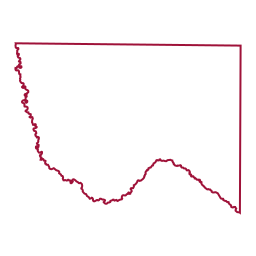 outline of Anelo, Neuquén, Argentina
{"feature_id": "61730980B32081384015227", "entity_name": "Anelo", "entity_type": "district", "adm_level": 2, "iso_a3": "ARG", "parent_name": "Argentina", "parent_adm1": "Neuquén", "projection": "natural_earth1", "projection_center": [-69.333, -38.186], "detail": "fine", "context": "isolated", "style": "outline", "palette": "rose", "viewbox_px": 256, "rotation_deg": 0, "n_neighbors": 0, "source": "geoboundaries", "source_scale": "gbopen_adm2", "svg_char_len": 5729}
<svg xmlns="http://www.w3.org/2000/svg" viewBox="0 0 256 256"><path d="M240.6,45.6L15.7,43.3L15.9,44.0L15.5,45.2L15.7,47.3L16.3,48.0L18.2,48.1L18.4,48.7L18.3,49.3L17.4,50.0L17.1,50.9L17.3,51.7L17.0,53.3L17.1,54.0L17.4,54.4L18.2,53.8L18.6,53.8L18.9,54.1L18.7,55.1L17.7,56.0L17.8,56.6L18.3,57.5L19.0,57.8L19.8,57.9L20.3,58.6L20.3,59.5L19.3,60.6L19.0,61.5L19.4,61.7L20.0,61.7L20.5,62.0L20.6,62.4L20.3,63.1L20.5,63.5L19.7,64.2L19.1,64.5L19.0,64.8L19.7,66.1L21.3,66.3L21.5,67.1L20.8,67.9L20.2,67.9L19.4,67.6L19.0,66.9L17.6,66.3L17.2,66.6L16.8,67.9L16.5,68.2L15.5,68.0L15.4,68.9L15.6,69.8L16.0,70.3L17.0,70.5L17.9,70.2L18.7,70.7L19.0,71.4L19.1,73.3L19.4,74.1L20.4,74.3L20.4,75.4L20.2,76.0L20.6,77.0L20.0,78.5L20.3,79.5L20.0,80.4L20.3,81.5L21.5,83.0L23.2,83.2L23.6,83.6L23.6,84.0L23.6,84.8L23.2,85.7L22.0,87.0L22.1,87.3L22.7,87.8L23.4,87.9L24.0,87.3L24.3,86.4L25.0,86.4L25.5,87.0L25.1,88.2L25.3,88.8L26.2,89.6L27.7,90.3L28.2,90.8L28.3,91.3L28.2,92.3L27.2,92.9L27.1,93.7L26.9,93.9L26.1,94.0L25.3,93.9L24.6,94.9L24.7,95.3L25.1,95.8L26.3,95.7L26.7,96.0L26.7,96.4L26.5,96.8L25.6,97.4L25.6,99.7L25.8,100.1L27.2,100.8L27.3,101.2L27.2,102.0L26.5,102.7L25.8,102.5L25.6,102.3L25.6,101.6L25.0,100.6L24.2,100.1L22.9,100.5L22.1,101.4L22.0,101.9L22.2,102.5L24.3,103.7L24.5,104.6L24.4,106.0L24.6,106.5L26.7,106.7L27.5,107.3L27.7,108.2L27.3,109.7L26.9,110.0L25.7,110.6L25.6,111.2L27.2,112.3L27.8,112.5L28.4,112.4L28.7,113.6L29.1,113.8L30.7,114.2L30.8,115.0L30.7,115.8L30.2,116.5L29.6,116.8L29.6,117.1L30.5,117.6L32.2,117.1L32.4,117.2L32.8,118.7L32.2,119.9L32.0,122.3L32.6,123.3L33.0,124.8L33.9,124.9L35.0,124.1L35.6,124.3L35.8,124.9L35.2,125.8L36.7,127.0L36.6,127.4L35.7,128.0L33.7,128.5L33.4,129.2L33.9,130.6L34.4,130.9L35.7,131.3L36.0,131.8L36.3,133.2L36.1,133.6L35.7,133.7L35.3,134.6L35.6,135.8L36.7,136.6L36.7,137.2L36.9,137.5L37.5,137.5L38.1,137.0L38.6,137.2L38.9,137.7L38.8,139.0L38.3,140.0L38.2,141.1L38.3,141.7L37.9,142.5L36.9,143.3L37.0,143.8L37.6,144.5L38.7,145.1L38.5,145.8L38.5,146.8L38.2,147.1L37.5,147.0L36.5,146.3L36.0,146.6L35.9,147.5L36.0,148.1L36.4,148.6L37.9,149.2L37.7,150.8L38.9,152.6L40.0,152.7L41.5,151.8L41.9,151.9L42.0,152.1L42.0,153.1L41.3,154.5L40.7,155.2L40.1,155.1L39.9,155.3L40.2,156.7L41.4,157.5L40.9,158.4L40.6,159.7L41.6,159.8L42.7,159.0L43.0,159.0L43.3,159.2L44.0,160.6L44.9,160.6L45.5,160.9L45.4,161.8L45.1,162.8L45.3,163.7L46.0,163.9L46.4,164.7L48.0,164.8L49.1,166.8L49.3,167.5L49.3,168.2L49.9,168.8L50.8,169.1L51.6,169.2L53.8,168.2L56.2,170.2L58.6,171.0L59.3,172.0L59.1,173.3L60.9,174.5L61.4,175.7L62.0,176.0L62.5,176.0L62.8,176.3L63.1,177.7L62.8,178.4L62.8,178.7L63.5,180.3L64.2,180.4L65.0,180.0L66.9,180.6L68.1,179.7L68.6,179.8L69.3,180.6L69.8,180.4L70.8,180.6L71.1,180.8L71.1,181.1L70.5,182.4L70.5,182.8L70.9,183.2L71.3,183.2L71.9,182.8L72.8,181.5L72.3,180.3L72.6,180.1L72.7,179.6L73.1,179.4L73.8,179.3L75.4,180.3L76.5,181.5L77.7,182.0L78.8,183.1L79.4,183.2L80.4,182.8L80.8,183.0L81.3,183.6L81.9,184.1L82.2,185.7L82.1,186.6L82.0,187.2L81.5,187.8L81.3,188.3L81.4,188.7L82.0,189.0L82.4,189.5L82.8,190.4L82.7,191.5L82.9,191.8L84.5,193.6L86.2,194.2L86.9,195.9L88.8,197.2L89.7,198.7L90.7,198.5L91.7,197.7L92.3,197.9L92.9,198.9L93.1,200.6L93.6,201.2L94.6,201.3L96.9,200.0L97.4,200.0L98.0,200.4L98.4,200.4L99.1,200.0L99.9,198.8L100.8,198.7L102.4,199.5L103.5,199.5L104.8,200.0L105.0,200.3L104.9,200.8L103.7,202.1L104.7,203.3L106.0,203.8L107.0,203.5L107.9,202.6L109.4,202.4L110.2,202.0L110.3,201.0L110.5,200.8L111.7,200.5L113.1,199.6L113.7,199.7L114.0,200.3L114.6,200.6L116.3,199.9L116.7,200.1L117.0,200.7L117.7,201.0L118.8,200.2L120.3,199.6L121.8,199.3L122.2,198.6L121.8,197.8L121.9,196.5L122.4,195.6L123.2,195.2L125.2,195.5L125.8,195.3L126.7,194.2L128.0,193.9L128.1,193.0L128.5,192.5L128.9,192.6L129.3,193.6L129.8,193.9L130.3,193.7L130.6,192.5L131.2,192.0L131.7,191.2L131.5,190.3L130.6,189.0L130.9,188.3L131.4,188.1L133.1,188.1L133.9,186.6L133.8,185.2L134.9,184.7L135.7,184.0L136.9,182.5L137.3,181.6L137.3,181.2L138.1,180.3L138.6,180.3L139.3,180.9L140.0,180.6L140.7,180.7L142.9,179.0L144.0,177.7L144.2,177.2L144.2,176.2L144.7,175.9L145.0,174.5L145.6,174.1L145.7,173.1L145.5,172.3L146.0,171.3L146.6,170.9L146.7,170.6L147.3,170.4L147.3,169.8L148.3,169.6L148.5,169.1L148.4,168.7L148.5,168.2L149.8,167.6L150.6,167.6L152.3,165.4L152.6,165.2L153.0,165.3L153.4,164.2L153.5,163.5L155.3,162.4L156.5,160.2L157.4,160.1L157.9,160.5L158.9,160.4L159.4,159.5L160.1,159.3L160.4,159.6L160.8,160.4L162.0,160.9L163.5,160.6L165.1,161.1L166.5,161.1L167.4,160.2L170.5,159.8L171.4,160.3L172.3,160.5L172.3,161.0L172.8,161.7L172.9,162.5L173.8,163.3L173.8,164.3L174.1,164.4L175.1,165.5L177.1,166.0L177.8,165.5L178.6,165.7L180.4,165.2L181.0,165.6L181.1,166.7L181.7,167.5L183.1,167.6L183.9,168.4L185.5,168.5L186.1,169.1L186.7,170.3L187.2,170.4L188.4,170.1L189.2,170.6L189.5,171.1L189.6,172.0L189.9,172.2L189.8,172.7L189.4,173.0L189.5,174.1L190.0,174.5L190.7,174.4L191.1,174.6L191.1,176.2L191.4,176.5L192.4,176.4L192.7,176.2L193.3,176.3L193.7,177.2L194.8,177.7L194.8,178.5L195.9,178.6L196.7,179.6L197.5,179.6L198.5,180.1L198.9,179.6L199.8,179.8L200.1,180.6L199.7,181.7L199.9,181.9L200.5,182.1L201.1,181.9L201.5,182.1L201.5,182.5L201.2,183.0L202.1,184.8L203.3,185.7L203.7,186.4L204.2,186.5L205.1,187.8L207.1,189.3L207.7,189.4L208.3,189.1L208.8,189.4L210.1,189.5L210.3,190.0L211.5,190.7L211.7,191.8L212.6,192.4L213.8,192.5L215.2,192.2L215.9,192.3L217.8,193.3L220.8,198.4L221.6,198.7L223.1,198.8L223.3,199.2L223.3,200.0L223.6,200.2L225.1,200.9L226.1,201.0L226.9,201.9L228.6,202.1L228.7,202.4L228.6,203.0L229.5,204.2L230.9,205.2L231.2,206.0L231.1,206.3L231.4,207.1L232.9,207.5L234.0,206.9L235.2,207.0L235.6,207.9L236.2,208.5L235.6,209.9L235.6,210.7L237.2,212.1L239.5,212.4L239.9,212.7L240.6,45.6Z" fill="none" stroke="#9f1239" stroke-width="2"/></svg>